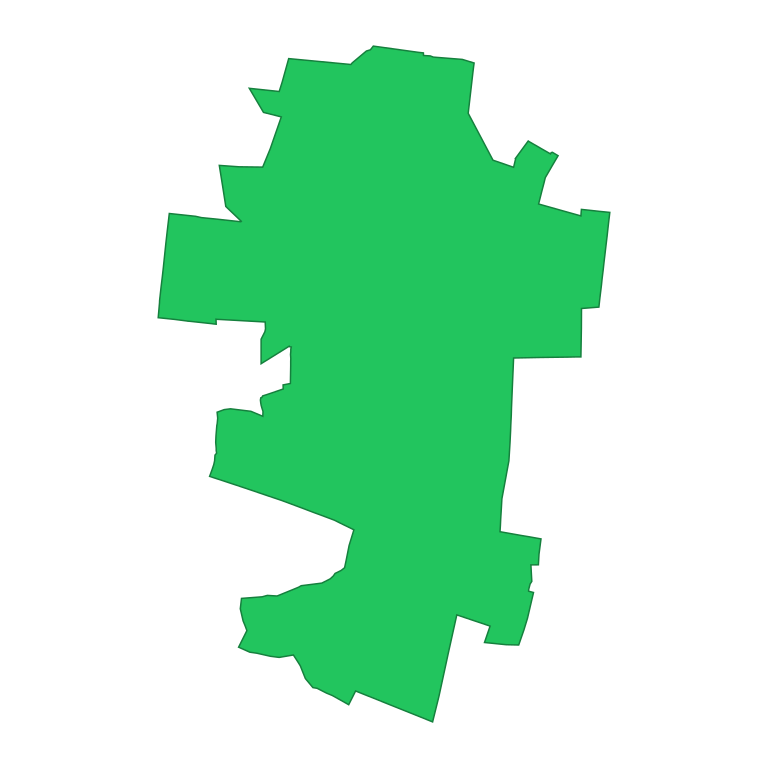 outline of Bokobá, Yucatán, Mexico
{"feature_id": "50627088B16110462273646", "entity_name": "Bokobá", "entity_type": "district", "adm_level": 2, "iso_a3": "MEX", "parent_name": "Mexico", "parent_adm1": "Yucatán", "projection": "albers", "projection_center": [-89.177, 20.996], "detail": "fine", "context": "isolated", "style": "filled", "palette": "green", "viewbox_px": 768, "rotation_deg": 0, "n_neighbors": 0, "source": "geoboundaries", "source_scale": "gbopen_adm2", "svg_char_len": 3293}
<svg xmlns="http://www.w3.org/2000/svg" viewBox="0 0 768 768"><path d="M541.0,538.9L528.7,536.7L520.8,535.4L518.6,535.0L509.0,533.3L500.0,531.7L500.4,525.7L500.7,519.0L501.3,509.2L501.9,498.8L506.2,475.5L506.6,473.2L508.9,460.9L509.8,446.2L510.0,443.0L510.6,430.8L510.8,425.0L511.3,414.9L511.5,407.8L512.2,390.7L513.6,358.0L528.9,357.7L538.4,357.5L552.5,357.3L567.6,357.1L577.5,356.9L580.9,356.9L581.4,328.2L581.4,327.6L581.4,327.2L581.5,309.5L581.5,309.1L581.5,308.9L581.5,308.5L598.9,307.1L599.8,298.7L600.8,290.5L601.5,284.7L602.1,278.8L603.2,269.8L604.1,261.5L604.8,255.7L605.8,247.1L606.7,239.5L607.1,236.2L607.8,229.7L608.8,220.8L609.3,216.8L609.8,212.4L598.9,211.3L592.6,210.6L581.4,209.4L581.2,211.5L580.9,215.9L562.0,210.6L538.6,204.0L542.1,190.1L543.9,183.3L545.3,177.6L548.7,171.8L551.7,166.6L558.1,155.7L552.4,152.3L551.2,152.6L550.5,153.9L543.7,150.0L540.7,148.3L539.4,147.5L538.1,146.8L537.5,146.4L537.3,146.3L535.6,145.3L534.3,144.6L533.1,143.9L531.9,143.2L530.7,142.5L529.4,141.8L528.2,141.0L515.3,158.6L515.6,158.9L513.6,167.3L493.0,160.2L468.2,113.3L472.9,72.5L473.5,67.5L474.1,63.0L462.3,59.4L433.4,57.1L430.2,55.9L423.5,55.5L423.4,52.9L418.1,52.3L373.3,46.1L370.4,49.8L366.4,51.0L352.2,62.9L350.9,64.5L288.7,58.6L282.2,82.0L279.2,91.5L250.1,88.4L249.3,88.3L263.5,112.4L281.3,116.9L270.2,148.9L262.7,167.1L239.1,166.8L219.3,165.4L222.6,186.0L225.8,206.5L241.3,221.3L241.0,221.6L240.9,221.7L240.3,221.7L216.5,219.1L201.4,217.6L195.6,216.3L169.3,213.5L167.1,232.3L165.9,243.0L163.3,267.9L162.3,276.9L161.1,286.8L160.1,296.0L159.6,300.4L159.5,302.9L158.2,317.7L173.6,319.3L174.6,319.4L187.0,321.0L187.4,321.1L190.8,321.4L212.0,323.7L213.2,323.9L216.2,324.2L216.0,319.2L216.8,319.3L231.5,320.1L238.5,320.5L265.2,322.0L265.5,328.9L264.9,331.7L261.1,339.2L261.1,342.3L261.1,363.1L261.1,363.3L261.1,363.7L276.4,354.2L289.2,346.2L289.6,346.7L291.3,347.0L290.8,349.1L290.8,351.3L290.5,354.5L290.8,358.5L290.7,361.3L290.7,365.9L290.4,383.5L283.1,384.9L283.2,389.0L267.1,394.5L262.7,395.9L261.7,397.6L260.8,397.8L260.4,400.0L260.7,402.6L261.1,405.1L261.7,407.3L263.0,411.5L262.9,414.0L262.8,416.3L262.1,416.0L250.9,411.3L230.5,408.8L224.2,409.6L217.1,412.2L217.7,418.2L217.2,423.5L216.8,425.6L216.0,435.6L215.7,442.3L216.2,448.3L216.2,450.5L216.6,453.2L215.0,455.1L214.6,460.8L213.8,464.5L212.2,469.3L209.6,476.4L217.6,479.0L235.2,484.8L244.5,487.9L268.4,496.0L280.9,500.2L300.3,507.4L304.3,508.9L309.0,510.7L314.0,512.6L317.3,513.8L328.6,518.0L334.4,520.2L337.4,521.7L340.4,523.2L353.9,529.8L353.8,530.1L353.7,530.3L353.2,532.1L349.1,545.5L346.1,560.6L344.6,567.7L341.2,570.4L337.6,572.2L335.1,573.4L333.3,576.0L330.1,578.9L321.8,583.1L301.2,585.7L298.8,587.1L293.3,589.4L277.1,596.0L267.3,595.4L262.2,596.8L241.5,598.4L240.3,608.8L243.1,620.9L245.0,625.5L246.9,630.6L238.6,647.2L249.8,652.2L256.8,653.2L270.5,656.3L279.2,657.4L293.4,655.0L297.1,660.7L300.3,665.8L302.4,671.1L305.4,678.6L312.9,687.6L317.1,688.3L326.5,693.1L332.3,695.5L348.7,704.7L355.6,691.0L432.6,721.9L438.9,696.5L445.8,664.7L448.0,654.5L456.8,614.9L490.1,626.1L484.5,642.5L506.1,644.7L518.7,645.0L523.9,630.0L527.5,618.2L533.4,593.0L533.4,592.9L533.5,592.5L528.6,591.2L528.7,589.4L530.1,584.0L531.8,581.4L530.9,564.9L538.4,564.8L539.0,554.2L541.0,538.9Z" fill="#22c55e" stroke="#15803d" stroke-width="1.5"/></svg>